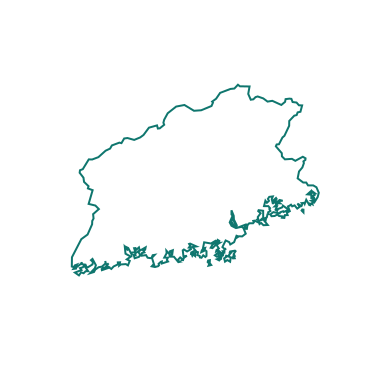 the border of Fujian, rotated 41°
{"feature_id": "CHN-1178", "entity_name": "Fujian", "entity_type": "Province", "adm_level": 1, "iso_a3": "CHN", "parent_name": "China", "parent_adm1": "", "projection": "equal_earth", "projection_center": [118.681, 25.949], "detail": "fine", "context": "isolated", "style": "outline", "palette": "teal", "viewbox_px": 384, "rotation_deg": 41, "n_neighbors": 0, "source": "natural_earth", "source_scale": "10m", "svg_char_len": 6129}
<svg xmlns="http://www.w3.org/2000/svg" viewBox="0 0 384 384"><g transform="rotate(41 192 192)"><path d="M290.2,113.5L291.3,120.6L289.0,117.0L287.7,116.2L285.3,116.2L286.5,113.9L285.6,113.4L286.2,112.3L282.4,112.6L283.2,113.9L282.5,115.1L281.2,113.4L280.6,118.1L283.8,115.8L286.0,118.2L287.7,116.6L288.5,118.5L287.7,120.2L288.7,119.8L290.9,122.1L288.9,122.1L290.4,122.5L288.6,123.4L289.8,124.5L289.1,124.9L283.3,122.9L284.8,126.9L283.9,126.4L282.1,128.4L283.2,128.6L283.8,130.7L279.2,131.6L283.0,132.5L282.3,135.5L278.2,134.8L277.0,137.1L274.2,136.4L275.2,137.0L273.9,139.9L278.4,142.3L277.2,145.4L279.3,146.7L277.3,148.5L278.7,151.0L276.8,152.4L276.3,151.0L273.5,153.0L271.2,153.0L270.1,155.9L267.9,158.1L265.8,157.6L266.6,153.8L272.2,150.6L271.9,149.4L273.4,146.7L274.3,146.9L276.2,142.9L275.8,142.1L269.6,142.6L270.1,144.5L268.0,148.6L268.6,150.2L267.7,150.5L266.7,150.6L265.5,147.0L263.9,148.6L264.3,144.0L266.0,142.7L263.9,142.7L264.1,141.2L266.2,139.1L263.4,140.5L262.3,145.7L261.2,145.4L260.4,141.7L259.3,141.4L259.0,144.2L261.0,148.0L256.8,145.0L255.9,142.3L253.5,145.0L253.8,147.4L255.9,148.2L255.6,151.0L253.1,150.4L255.6,155.4L258.9,152.6L261.5,153.0L261.5,154.1L263.6,154.9L262.8,157.4L264.2,158.5L263.6,159.3L265.1,162.1L263.9,164.4L262.7,164.8L258.0,159.5L254.2,162.0L254.5,163.0L257.7,163.0L258.1,167.8L259.5,168.8L259.2,170.0L262.0,169.4L262.3,166.8L263.0,167.2L265.4,163.7L266.5,165.6L266.0,166.4L270.8,167.2L267.7,170.2L264.4,170.0L264.0,171.9L262.8,171.2L258.0,172.6L257.2,173.6L258.6,174.3L258.6,175.5L255.7,178.1L255.7,179.9L254.0,181.1L249.6,189.4L248.6,189.4L247.7,187.8L241.7,185.3L239.1,182.6L233.8,179.9L236.6,183.1L238.2,183.3L240.4,190.2L244.0,191.6L248.8,190.4L252.2,185.8L254.3,185.4L259.9,188.2L259.0,192.6L256.5,194.6L255.7,197.4L255.1,195.5L254.3,195.8L256.7,202.2L255.3,206.5L253.0,205.4L249.2,206.5L251.1,213.6L254.0,213.6L254.9,212.4L254.4,214.6L255.5,215.6L254.3,216.4L255.8,216.9L254.6,218.0L256.0,217.9L257.0,219.6L256.4,220.9L257.8,223.6L256.7,225.2L258.2,225.6L254.9,226.4L255.8,224.8L254.8,219.2L253.1,219.6L253.0,222.0L254.0,222.9L253.4,224.5L250.8,224.8L251.8,218.8L250.0,218.8L249.2,220.9L248.6,219.7L249.3,217.0L245.2,215.8L246.3,212.1L245.4,212.9L244.6,211.0L243.0,211.3L243.7,212.3L241.8,213.2L240.1,218.4L234.2,222.0L237.3,227.5L238.6,225.6L239.5,228.0L237.7,229.6L238.5,231.3L240.3,227.2L241.8,227.2L244.9,230.8L244.7,232.3L242.0,232.4L242.3,235.4L240.9,236.2L239.8,235.2L237.4,236.1L236.0,233.5L234.8,234.0L234.3,235.8L236.4,238.3L233.9,238.5L234.1,239.9L232.6,239.1L233.2,237.5L232.6,236.9L231.7,239.1L231.1,238.2L232.8,233.8L228.5,233.2L231.0,230.2L224.4,232.2L223.9,233.1L225.9,233.8L226.1,236.0L227.6,234.9L228.7,235.8L227.3,240.1L223.6,240.7L223.3,242.1L227.8,246.2L230.0,243.5L229.1,246.7L229.7,249.1L230.6,248.7L228.8,250.2L228.2,249.0L226.0,249.1L225.9,251.8L227.0,253.0L228.7,252.6L227.7,253.9L220.8,252.7L217.5,255.5L216.7,254.6L218.1,252.2L216.6,249.9L216.3,252.5L215.4,249.1L214.2,251.3L215.5,253.7L211.2,253.1L213.0,254.8L214.1,259.7L216.9,257.4L217.6,259.8L219.5,260.2L216.1,265.8L214.8,264.2L214.3,265.1L213.9,268.1L215.2,269.0L215.1,270.2L213.3,272.9L210.4,274.5L210.4,272.4L211.5,272.0L204.9,267.9L205.1,263.9L203.8,265.5L204.7,268.3L203.9,269.3L201.6,270.7L198.7,269.8L195.8,273.1L194.2,271.1L195.7,268.8L193.9,268.3L194.5,266.3L193.3,264.2L191.1,270.6L188.3,268.6L187.9,272.0L186.4,271.9L186.7,270.8L185.2,272.4L188.8,274.6L186.3,277.2L187.3,278.7L180.6,276.1L178.7,276.6L182.0,278.2L177.2,277.4L182.3,282.2L188.2,280.9L187.0,285.6L190.2,284.8L191.8,289.4L189.4,289.8L185.8,293.4L185.4,295.2L183.8,292.3L182.2,293.8L183.6,295.2L181.7,299.6L181.6,303.0L179.2,303.3L175.3,310.1L174.4,309.4L174.8,307.6L177.5,303.4L175.9,303.8L175.9,300.6L175.4,302.5L174.2,302.7L171.8,301.0L173.6,302.6L173.0,307.4L170.9,310.0L169.9,314.0L170.5,316.7L168.4,320.1L168.7,313.3L167.5,310.3L160.8,307.8L160.5,309.7L163.1,309.8L164.4,312.0L162.8,317.1L161.6,317.8L159.3,316.7L156.5,318.6L154.7,317.4L155.4,318.6L154.1,324.8L154.7,325.9L153.0,327.8L152.6,322.6L151.7,324.3L152.1,326.3L150.2,327.1L144.2,320.0L139.4,300.2L141.1,292.6L137.8,281.9L135.7,279.3L135.1,276.6L131.9,273.6L132.9,266.0L128.0,265.6L121.8,268.8L115.8,255.8L111.1,257.6L110.1,255.5L103.9,255.2L100.7,252.4L94.6,251.2L93.2,249.1L94.6,246.4L92.7,235.1L95.3,233.0L98.5,227.1L99.7,217.5L101.7,213.0L101.0,209.4L104.8,202.4L106.7,201.4L105.7,196.1L107.9,193.6L114.2,190.6L117.1,184.8L118.0,180.8L117.3,171.7L121.9,164.7L124.6,166.5L125.9,165.1L126.9,159.5L125.0,158.5L123.6,155.8L122.0,148.5L124.0,137.9L129.2,131.3L140.2,129.4L145.3,124.3L150.3,114.3L149.2,110.8L147.9,110.6L149.0,105.8L148.2,98.7L153.4,89.0L156.1,86.1L156.3,80.9L158.8,80.8L166.2,74.6L170.1,81.1L175.8,83.8L177.5,81.8L177.7,78.7L178.9,76.8L184.4,74.6L189.7,74.2L192.8,70.5L202.3,67.7L203.1,62.9L201.7,60.5L204.3,57.6L205.9,56.5L208.9,58.1L212.2,55.9L215.8,56.4L218.3,54.4L221.2,60.3L219.5,62.6L220.5,65.3L219.1,67.3L218.8,74.6L221.9,78.3L224.9,89.0L224.5,91.5L226.3,98.9L224.7,100.6L225.3,102.5L234.3,103.8L236.5,106.1L240.7,106.4L245.7,101.4L249.5,100.7L252.5,92.7L255.6,92.1L256.5,93.4L256.0,95.8L257.5,96.8L259.2,101.1L259.3,106.3L262.8,112.4L269.7,111.9L272.0,109.9L275.2,110.9L279.1,107.5L282.8,106.8L288.2,109.4L290.2,113.5ZM266.5,215.2L265.3,214.7L264.4,216.4L266.5,219.6L263.3,220.2L262.6,222.9L259.8,221.0L260.6,218.0L258.8,218.0L263.5,216.1L261.3,215.9L261.3,212.1L260.2,212.9L259.8,211.9L262.9,208.1L263.7,208.1L264.1,211.3L265.9,212.1L265.2,212.7L267.7,214.0L266.5,215.2ZM158.9,318.3L165.6,319.9L163.7,321.6L163.5,324.4L161.0,325.4L161.4,329.1L156.5,329.6L159.8,323.4L157.4,322.9L159.0,320.5L158.9,318.3ZM190.3,272.2L194.2,273.5L194.5,275.8L192.2,279.6L189.4,277.8L190.8,276.7L189.4,275.6L190.3,272.2ZM240.9,185.6L247.1,188.6L247.3,189.6L246.3,190.3L240.9,188.3L238.8,182.6L240.9,185.6ZM244.8,213.5L244.3,220.9L242.7,221.8L242.0,218.3L243.1,214.6L244.8,213.5ZM252.0,234.0L254.4,234.5L252.8,236.8L252.1,234.8L249.8,234.6L249.1,233.1L250.2,231.7L252.0,234.0ZM255.7,180.9L257.6,183.8L256.6,184.6L253.7,182.8L255.7,180.9ZM286.9,134.1L286.7,132.8L287.7,132.2L289.5,134.3L286.9,134.1Z" fill="none" stroke="#0f766e" stroke-width="2"/></g></svg>